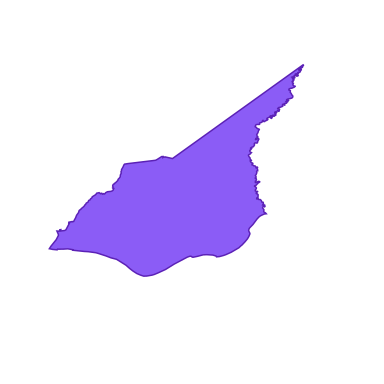 the district of Ponedera, Atlántico, Colombia, rotated 66°
{"feature_id": "7082276B66723119854889", "entity_name": "Ponedera", "entity_type": "district", "adm_level": 2, "iso_a3": "COL", "parent_name": "Colombia", "parent_adm1": "Atlántico", "projection": "equal_earth", "projection_center": [-74.823, 10.604], "detail": "fine", "context": "isolated", "style": "filled", "palette": "violet", "viewbox_px": 384, "rotation_deg": 66, "n_neighbors": 0, "source": "geoboundaries", "source_scale": "gbopen_adm2", "svg_char_len": 5961}
<svg xmlns="http://www.w3.org/2000/svg" viewBox="0 0 384 384"><g transform="rotate(66 192 192)"><path d="M185.8,345.4L187.8,342.6L190.0,338.7L189.5,338.2L191.8,332.9L193.4,328.6L196.3,324.2L196.7,324.6L202.5,314.6L204.3,311.1L208.4,304.5L210.0,302.6L215.4,296.6L219.2,292.8L222.8,288.3L232.0,282.1L236.4,280.1L240.0,278.2L244.0,275.6L247.0,272.8L249.2,270.4L250.4,267.4L251.7,262.3L252.0,259.9L252.1,255.6L252.0,247.7L250.6,237.5L249.6,222.8L249.7,221.5L249.8,220.2L250.2,219.2L250.7,218.7L251.6,218.3L252.1,217.3L253.0,213.2L253.8,208.2L254.0,207.2L255.3,203.9L258.1,198.6L260.3,196.1L261.2,196.0L262.2,193.0L262.8,189.0L263.0,186.6L263.0,180.7L262.0,171.8L261.2,169.6L260.7,167.7L258.9,163.5L257.3,160.3L255.7,158.1L253.8,156.1L252.7,155.9L251.4,156.0L250.2,155.9L249.1,155.1L248.3,154.1L246.4,149.4L243.2,143.7L242.0,140.9L241.6,139.2L241.5,135.5L241.6,134.6L242.1,133.0L241.1,133.3L239.5,134.4L238.9,134.4L237.5,133.5L235.2,134.0L234.0,132.8L234.2,132.3L235.1,131.7L234.9,131.2L233.5,130.9L233.0,131.5L232.5,132.6L231.5,131.4L230.5,131.2L230.3,131.2L229.8,132.2L227.8,132.2L226.7,132.7L225.8,134.3L225.6,134.4L224.9,134.2L224.8,134.5L224.8,135.5L224.5,135.7L223.8,135.2L223.7,135.0L223.8,134.4L223.4,133.6L222.5,133.4L221.9,132.9L221.4,132.7L220.2,133.1L219.8,133.8L219.5,133.9L218.5,133.3L218.6,132.4L218.4,131.9L218.1,131.9L217.4,133.1L216.7,133.7L216.0,133.4L215.6,133.0L215.2,132.0L214.5,131.5L213.2,131.8L212.3,132.5L212.0,132.5L211.8,132.1L211.9,130.7L211.2,129.2L211.0,128.6L210.8,128.5L210.7,128.1L210.5,126.6L210.3,126.0L209.9,126.1L209.5,126.6L209.5,127.1L209.3,127.1L209.2,127.6L209.4,128.1L209.2,129.1L209.3,129.7L209.2,130.2L208.8,130.2L208.4,129.8L207.9,129.7L207.7,128.9L206.9,128.1L206.1,127.9L205.3,128.6L205.1,128.6L204.8,128.4L204.8,127.7L204.4,127.3L202.7,127.4L202.2,126.4L200.7,124.9L199.8,124.8L199.3,124.3L199.1,123.9L199.3,123.3L198.5,123.1L197.8,122.8L196.4,123.0L196.1,122.1L195.8,122.2L195.7,122.6L195.9,123.3L195.9,123.6L194.7,123.5L193.8,123.8L193.2,124.9L192.3,125.2L191.7,126.1L191.1,125.9L190.5,124.8L188.4,126.2L187.2,126.2L187.1,125.8L187.4,125.1L187.3,124.9L185.5,125.5L184.4,125.1L182.7,125.6L181.4,125.5L181.1,125.2L180.9,123.1L180.4,122.4L180.2,121.7L179.4,122.3L178.7,122.7L178.3,122.6L177.5,122.3L177.5,121.6L176.4,119.6L176.0,119.3L175.8,119.4L175.8,120.6L175.6,120.5L175.4,118.8L175.6,117.4L174.4,115.7L173.4,115.6L172.9,115.0L172.9,114.2L173.7,112.8L173.7,112.4L173.3,111.9L172.7,111.6L170.9,109.4L170.5,109.4L170.2,109.7L169.9,110.8L170.1,111.6L170.1,112.4L169.9,112.6L169.1,112.0L168.7,109.5L168.1,109.4L167.5,109.9L166.4,109.5L165.9,109.5L164.6,107.6L163.2,106.5L162.3,105.1L161.7,105.2L161.0,106.2L160.2,106.8L159.3,106.8L158.3,107.7L157.8,107.6L156.9,106.7L156.6,105.8L157.0,104.4L157.6,103.3L157.6,102.7L156.4,102.1L156.7,100.5L156.5,99.6L156.5,98.9L156.3,98.7L155.7,98.7L155.4,98.2L155.5,97.9L156.7,97.8L157.1,97.3L157.2,96.9L156.8,96.1L157.0,94.6L156.7,93.3L156.3,93.3L155.7,93.9L155.4,93.7L155.1,93.2L155.1,90.7L154.5,89.9L154.3,89.4L154.5,88.9L156.2,90.1L157.0,89.6L157.1,89.4L157.0,89.1L156.4,88.6L156.0,87.8L155.1,87.7L154.7,87.1L154.8,86.6L155.4,86.6L156.1,86.3L156.2,85.8L156.0,85.5L155.8,84.4L155.1,84.8L154.9,84.6L154.8,83.7L153.6,84.3L153.2,84.2L152.7,83.7L152.7,83.1L153.4,82.9L153.8,82.5L153.6,82.1L153.0,81.8L152.5,80.8L152.5,80.6L153.5,80.1L153.6,79.9L153.6,79.6L152.1,78.4L151.5,78.7L151.2,79.4L150.8,79.8L150.6,79.8L150.3,79.1L150.1,78.1L150.5,77.1L150.6,74.4L150.4,74.1L149.9,74.3L149.6,74.2L148.8,73.6L148.8,73.4L149.2,72.8L150.2,72.3L150.2,71.9L149.8,72.0L149.4,71.5L148.9,72.0L148.7,71.7L149.2,70.2L149.3,69.8L149.0,69.1L147.5,69.4L147.5,68.9L148.4,68.3L148.4,67.9L148.4,67.7L147.9,67.5L147.6,66.6L147.2,66.8L146.5,68.1L146.3,68.1L146.1,67.9L146.1,66.2L146.5,64.8L146.8,62.7L146.6,61.8L146.1,61.2L145.4,60.9L144.7,60.9L144.0,61.3L142.1,61.3L141.1,61.8L139.4,60.9L139.2,61.0L138.3,62.0L138.1,62.0L137.4,61.5L137.3,60.8L137.5,59.2L137.9,58.6L137.7,58.0L137.9,56.3L137.5,54.8L137.2,54.8L136.7,55.6L136.3,55.9L135.1,56.3L134.0,55.2L133.2,55.9L132.7,55.6L132.4,55.0L131.8,55.3L131.7,54.5L131.0,54.2L131.2,53.5L131.0,53.2L129.8,53.8L128.8,54.0L128.5,54.0L128.3,53.4L128.0,53.4L127.7,53.7L127.7,53.4L128.1,52.9L128.8,53.2L129.2,53.2L129.6,52.2L129.6,51.9L129.3,51.5L127.6,51.7L127.2,51.2L127.2,50.7L128.9,49.0L129.0,48.0L128.6,47.5L128.2,47.6L127.4,48.3L127.3,49.4L126.7,49.7L126.3,49.6L126.3,49.0L126.7,48.3L126.6,47.7L127.0,46.7L126.6,46.1L126.3,46.7L126.0,46.7L126.0,46.2L126.4,44.8L126.2,44.3L125.2,43.3L124.9,42.5L124.5,42.3L124.0,42.4L123.7,43.0L123.7,43.6L123.9,44.0L124.4,44.3L124.4,44.7L123.9,44.8L123.5,44.4L123.1,43.1L123.2,42.0L123.0,40.4L122.8,40.2L121.9,39.9L121.9,38.9L121.7,38.7L121.4,38.6L121.0,38.8L153.5,196.2L149.0,202.3L149.2,202.6L148.6,203.5L148.7,204.5L147.8,204.0L147.3,205.3L148.1,210.7L148.2,212.4L139.9,239.3L139.1,242.3L139.5,243.1L141.3,245.1L142.8,247.2L143.8,247.7L144.7,248.7L145.9,248.9L147.4,250.6L148.8,251.3L149.1,251.7L149.7,252.7L150.4,254.4L151.3,255.1L152.4,258.0L152.6,259.3L152.9,259.6L153.0,260.7L153.5,261.5L154.3,262.1L154.9,262.0L156.0,262.5L156.2,262.4L156.2,262.8L156.7,262.6L157.1,262.7L157.2,262.3L158.2,263.3L158.5,264.1L158.5,265.6L157.4,269.0L157.4,269.9L157.5,271.1L158.2,272.4L158.2,272.9L157.9,273.4L157.6,273.4L157.6,274.6L157.2,274.8L156.7,274.8L156.5,275.2L156.5,275.4L156.2,275.5L156.3,276.4L154.8,277.1L154.6,278.4L154.3,279.2L154.4,279.7L155.0,280.6L155.3,281.5L155.8,285.1L156.4,285.5L156.8,286.5L157.0,287.5L157.7,288.2L157.7,289.8L159.0,291.2L159.1,292.8L159.2,293.2L159.9,294.0L160.3,295.2L160.9,296.0L161.3,296.8L162.2,300.1L162.7,300.7L162.7,301.5L163.0,302.6L164.7,304.1L166.3,306.9L168.3,308.9L169.6,310.7L170.8,312.1L170.5,313.6L170.2,313.6L169.5,316.8L170.2,317.2L170.4,316.4L175.2,322.5L175.4,323.9L174.2,327.9L173.0,327.1L172.7,328.1L173.9,328.8L173.5,330.0L173.4,329.9L172.7,331.3L175.7,331.3L177.0,331.5L177.5,331.9L180.3,335.4L184.2,343.0L185.8,345.4Z" fill="#8b5cf6" stroke="#5b21b6" stroke-width="1.5"/></g></svg>